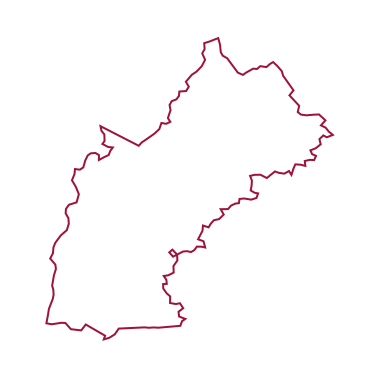 the district of Cafelândia, Paraná, Brazil, rotated 6°
{"feature_id": "56859067B49774660702068", "entity_name": "Cafelândia", "entity_type": "district", "adm_level": 2, "iso_a3": "BRA", "parent_name": "Brazil", "parent_adm1": "Paraná", "projection": "albers", "projection_center": [-53.352, -24.69], "detail": "fine", "context": "isolated", "style": "outline", "palette": "rose", "viewbox_px": 384, "rotation_deg": 6, "n_neighbors": 0, "source": "geoboundaries", "source_scale": "gbopen_adm2", "svg_char_len": 2475}
<svg xmlns="http://www.w3.org/2000/svg" viewBox="0 0 384 384"><g transform="rotate(6 192 192)"><path d="M317.2,106.8L310.2,101.6L304.9,102.4L297.7,103.8L292.2,103.6L288.8,101.4L289.6,95.1L278.8,85.7L282.3,80.3L270.5,66.9L268.7,62.5L263.6,57.7L259.1,54.3L256.1,56.6L252.9,60.0L246.8,59.7L243.7,62.9L240.0,62.9L233.6,67.4L230.4,70.2L225.1,68.5L213.0,55.3L208.3,53.2L206.0,49.9L204.5,42.7L202.0,36.2L193.9,40.4L188.6,42.7L189.6,48.5L187.7,53.1L191.2,59.1L188.6,65.8L183.9,71.8L179.5,75.5L174.4,83.0L177.8,87.6L175.6,92.2L168.9,93.4L169.0,97.8L166.8,101.5L162.3,103.8L160.6,107.8L162.1,112.9L160.3,121.0L163.1,124.5L159.1,126.9L154.4,126.5L152.9,132.9L148.5,137.9L141.9,143.7L136.8,148.0L134.2,151.6L94.1,136.1L95.6,140.7L98.8,143.8L99.7,150.4L97.9,153.6L103.9,156.0L108.6,156.0L106.4,159.7L105.3,163.9L100.7,166.7L96.1,169.9L95.6,165.0L91.9,163.3L87.3,164.1L84.5,166.5L82.6,171.6L81.3,178.9L78.2,181.5L73.2,181.4L73.3,186.4L71.4,192.9L76.0,199.1L79.7,206.0L78.3,214.4L70.9,217.6L68.4,222.1L68.6,226.5L71.8,230.9L72.8,236.5L71.5,243.0L66.1,248.8L61.4,256.7L60.0,261.5L60.1,267.5L57.9,273.0L63.7,278.5L64.7,282.8L63.4,289.3L62.7,299.8L64.3,303.7L65.1,308.7L64.7,312.9L61.9,323.3L61.6,329.5L60.9,337.8L66.3,338.2L75.9,335.7L79.8,335.5L85.9,341.1L96.3,341.2L100.2,334.9L120.6,344.0L119.7,347.8L124.9,345.7L130.1,341.6L133.4,335.5L158.9,331.6L163.5,331.5L168.0,330.7L172.6,330.5L194.4,326.3L195.6,321.5L198.6,318.9L192.2,317.2L191.1,312.5L195.4,308.5L191.6,303.9L187.7,305.1L181.8,304.7L181.2,298.1L177.4,295.4L173.5,291.0L172.9,286.6L176.5,286.0L175.7,282.0L172.7,278.5L177.1,277.3L182.2,274.1L181.3,267.6L184.6,261.6L183.7,255.8L189.4,252.1L193.1,251.4L197.3,251.8L200.3,249.6L202.6,245.8L207.3,245.4L210.9,245.8L208.6,239.8L203.0,238.4L206.5,229.4L206.4,224.2L212.2,225.4L213.9,221.7L216.7,217.8L221.8,216.1L225.9,211.1L222.3,206.1L225.8,205.7L229.6,205.2L232.2,201.5L236.2,199.0L239.8,198.2L240.0,193.9L244.7,193.0L251.7,193.4L256.7,191.2L257.9,186.5L254.3,186.2L250.2,184.3L250.6,179.5L250.4,174.5L248.1,169.9L252.7,168.3L258.3,167.7L265.0,170.3L268.3,166.9L272.4,162.9L276.5,163.9L281.9,164.1L286.3,161.0L289.1,164.6L290.5,158.0L291.9,153.7L297.5,153.5L302.0,154.2L300.9,149.4L305.8,147.7L310.1,147.5L311.6,143.1L307.5,141.8L305.4,138.2L310.3,135.7L315.0,131.1L313.2,126.1L316.7,122.0L320.4,123.5L326.1,120.5L321.7,117.6L318.1,114.0L313.3,112.3L317.2,106.8ZM183.7,255.8L179.9,258.3L175.7,254.4L178.5,251.4L183.7,255.8Z" fill="none" stroke="#9f1239" stroke-width="2"/></g></svg>